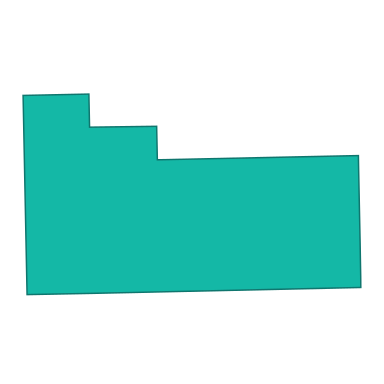 Defiance, Ohio, United States of America (Equal Earth projection), rotated 179°
{"feature_id": "52423323B79040942886335", "entity_name": "Defiance", "entity_type": "district", "adm_level": 2, "iso_a3": "USA", "parent_name": "United States of America", "parent_adm1": "Ohio", "projection": "equal_earth", "projection_center": [-84.614, 41.297], "detail": "fine", "context": "isolated", "style": "filled", "palette": "teal", "viewbox_px": 384, "rotation_deg": 179, "n_neighbors": 0, "source": "geoboundaries", "source_scale": "gbopen_adm2", "svg_char_len": 339}
<svg xmlns="http://www.w3.org/2000/svg" viewBox="0 0 384 384"><g transform="rotate(179 192 192)"><path d="M24.9,93.6L24.8,104.5L24.8,107.0L24.8,137.7L25.0,211.3L25.0,211.5L25.0,225.5L226.1,224.8L226.2,258.3L293.3,258.6L293.4,291.7L359.2,291.5L358.7,92.3L293.1,92.4L24.9,93.6Z" fill="#14b8a6" stroke="#0f766e" stroke-width="1.5"/></g></svg>